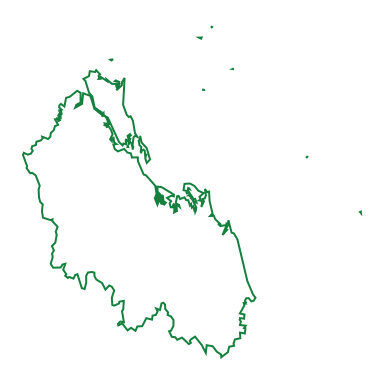 the district of Gladstone, Queensland, Australia
{"feature_id": "25037944B21166714819483", "entity_name": "Gladstone", "entity_type": "district", "adm_level": 2, "iso_a3": "AUS", "parent_name": "Australia", "parent_adm1": "Queensland", "projection": "equal_earth", "projection_center": [151.305, -24.018], "detail": "fine", "context": "isolated", "style": "outline", "palette": "green", "viewbox_px": 384, "rotation_deg": 0, "n_neighbors": 0, "source": "geoboundaries", "source_scale": "gbopen_adm2", "svg_char_len": 5958}
<svg xmlns="http://www.w3.org/2000/svg" viewBox="0 0 384 384"><path d="M84.6,289.0L86.2,282.8L86.2,275.7L88.0,272.5L92.0,272.0L94.4,272.6L94.5,276.4L96.4,279.6L102.1,283.0L105.4,289.6L109.2,285.5L111.7,286.6L114.2,290.5L111.8,297.7L112.3,305.0L114.2,305.6L119.0,303.5L119.4,301.6L123.8,300.9L123.2,309.6L122.0,311.1L123.9,322.2L120.3,321.5L118.0,323.8L118.3,325.4L122.3,323.5L127.6,330.4L131.0,327.8L135.4,330.8L137.4,326.4L142.2,326.2L146.3,318.2L152.0,319.6L152.6,315.6L155.8,314.9L157.6,311.6L156.2,308.5L160.0,310.0L161.5,303.4L163.2,302.7L165.0,304.5L165.3,309.0L168.1,312.4L167.6,314.9L170.9,316.4L173.5,320.0L173.4,326.0L171.0,330.7L169.1,331.2L171.8,336.8L175.2,337.2L177.2,339.8L182.0,337.6L188.9,344.1L190.9,342.8L189.8,340.9L190.8,339.5L195.0,336.6L201.8,345.1L205.8,352.9L206.7,345.2L212.7,346.3L216.8,351.7L221.1,354.5L221.3,357.2L227.9,352.2L229.2,346.7L234.1,345.8L233.5,343.6L234.9,339.5L240.3,338.2L240.0,332.6L244.8,333.5L245.4,328.3L244.1,328.1L245.7,325.7L239.9,325.0L240.9,321.6L239.7,319.8L240.0,318.1L244.1,318.7L244.5,314.5L239.9,313.5L244.3,305.5L244.0,303.9L245.3,303.7L244.2,302.8L245.8,302.4L244.9,300.8L246.2,298.3L248.6,298.1L251.4,301.4L253.7,300.7L255.5,297.7L253.1,294.7L247.3,280.9L237.5,239.6L233.8,233.3L231.6,232.7L228.4,220.2L227.8,225.8L225.6,228.8L227.2,229.7L222.5,235.0L226.7,224.9L220.4,226.1L218.0,223.6L221.1,224.8L215.4,219.4L213.6,215.3L212.2,214.4L212.7,215.1L212.3,215.9L210.1,216.0L212.5,213.4L209.6,201.2L209.1,191.6L207.3,192.2L204.9,189.0L205.9,195.2L204.9,198.3L202.8,199.0L203.9,201.5L201.3,207.0L202.1,203.0L201.3,200.7L199.2,200.4L200.6,199.5L199.5,196.8L203.6,193.1L198.4,190.8L194.5,186.0L189.9,183.5L184.5,183.9L183.5,190.2L187.6,191.1L188.2,188.1L189.1,188.6L188.9,187.7L189.5,188.9L188.5,188.3L188.1,190.7L190.3,194.2L188.8,195.3L191.1,195.2L193.8,199.4L195.2,198.9L196.5,202.7L193.1,201.2L196.2,207.3L195.9,210.5L195.3,211.9L194.8,207.2L194.1,209.4L193.2,206.4L191.9,207.6L191.1,204.0L190.0,205.5L188.3,200.2L186.2,200.1L184.5,197.4L180.1,199.0L178.6,195.9L177.2,196.2L175.7,203.3L179.0,204.9L179.6,206.9L176.5,204.0L177.0,212.1L176.4,209.6L175.7,211.6L175.3,205.8L175.2,211.9L174.1,212.5L174.5,207.4L170.8,207.3L169.6,203.3L171.1,201.2L167.0,197.9L171.2,195.8L173.9,196.3L173.9,194.6L161.7,187.2L157.4,186.6L157.6,191.7L162.1,196.5L162.1,196.0L162.7,195.6L162.8,195.7L163.6,201.3L165.9,202.6L164.4,204.3L163.8,202.1L162.4,202.0L162.4,203.9L161.4,203.7L161.6,201.0L160.8,200.1L161.1,201.9L160.6,202.2L159.8,200.5L160.1,196.3L157.9,193.9L158.6,198.4L157.7,200.8L158.6,201.6L157.4,204.8L154.8,198.1L156.6,194.0L155.2,185.7L145.9,175.2L143.7,174.6L138.0,161.4L137.7,157.7L138.7,157.3L131.9,157.5L130.9,153.4L127.3,152.5L124.3,148.9L117.9,151.4L114.7,149.0L113.4,144.6L116.5,144.1L114.2,142.5L113.5,137.8L112.0,138.8L111.8,141.1L110.1,139.2L112.6,134.4L111.2,130.3L108.3,125.8L107.3,126.9L106.9,127.0L106.9,125.1L105.4,125.6L104.6,125.1L105.9,124.3L105.3,124.2L104.8,123.4L108.6,123.9L106.6,118.1L104.6,115.9L101.3,115.7L102.6,115.4L94.4,108.8L90.4,95.9L83.2,93.3L82.0,103.9L75.2,107.7L76.3,104.9L80.6,102.5L80.6,92.9L77.2,90.8L69.6,96.9L66.1,97.8L64.4,106.5L60.9,103.9L59.3,105.5L59.2,107.5L61.6,109.7L58.4,110.6L61.1,111.2L61.6,114.0L60.5,114.6L60.0,112.5L58.2,115.6L59.4,117.4L60.6,115.4L60.7,118.3L57.9,118.3L59.8,120.3L58.4,121.0L57.7,119.0L55.0,119.3L58.1,124.9L55.0,126.1L53.8,130.2L50.8,133.0L50.3,136.7L48.1,139.0L42.2,136.7L42.6,138.4L40.9,140.4L36.4,141.7L35.9,145.0L32.2,146.2L31.4,148.8L32.8,150.8L30.7,153.8L27.6,154.6L23.8,152.8L23.0,155.0L27.1,166.2L26.6,168.1L30.1,173.2L32.1,172.8L35.7,175.4L39.7,185.7L38.6,189.6L39.0,197.4L40.2,201.9L42.7,204.4L42.0,211.3L43.0,217.7L50.6,220.1L52.5,219.3L52.3,221.2L57.6,226.7L55.8,231.8L56.7,234.9L55.3,242.7L51.9,246.0L53.9,250.4L52.1,253.6L52.7,257.2L50.7,263.8L53.2,267.7L60.6,267.5L62.5,264.5L65.3,263.8L63.2,269.7L66.3,274.2L65.2,275.8L67.9,278.0L69.1,276.9L73.5,278.6L75.2,275.0L77.4,274.2L81.8,288.1L84.6,289.0ZM130.7,137.8L129.4,140.9L132.6,145.0L133.5,137.4L135.1,135.8L137.4,136.9L135.0,133.2L132.9,120.8L130.6,116.3L128.8,117.0L126.8,115.0L123.1,104.9L124.6,77.9L122.0,82.2L121.8,85.4L116.4,90.3L117.9,88.1L116.4,88.1L118.0,87.3L116.5,86.9L116.3,85.9L118.3,86.4L117.7,85.4L118.9,85.7L119.4,84.0L111.9,83.8L106.7,79.4L107.2,81.2L100.9,77.1L100.7,78.8L98.7,78.9L99.5,77.7L98.6,75.8L100.0,74.3L96.2,70.2L95.3,72.0L89.8,71.2L89.0,76.1L83.5,78.9L85.4,80.9L89.1,92.9L92.3,96.5L94.7,107.7L101.8,112.4L102.6,115.1L103.6,113.4L103.8,115.3L107.8,117.6L119.0,142.0L122.6,145.5L123.4,143.5L126.2,144.4L125.7,140.3L126.2,138.8L126.3,141.3L128.8,139.8L127.6,135.9L129.2,134.7L128.9,136.5L130.5,134.8L130.9,135.4L129.0,136.8L129.3,140.6L130.7,137.8ZM145.2,158.1L146.8,162.9L150.0,159.5L146.8,148.3L141.5,142.4L140.2,135.8L140.2,138.8L138.7,140.7L139.5,145.2L141.3,146.9L140.8,150.9L143.6,149.6L144.7,150.7L145.2,155.7L146.0,154.5L146.3,154.7L145.2,158.1ZM156.4,199.4L157.3,198.5L156.5,196.0L155.2,197.7L156.4,199.4ZM199.0,37.6L201.1,38.7L201.6,37.5L199.0,37.6ZM172.8,206.1L174.0,206.3L174.5,205.1L173.5,204.3L172.8,206.1ZM191.1,198.3L192.5,199.6L193.0,198.6L192.5,197.5L191.1,198.3ZM111.3,60.5L113.1,59.3L110.3,59.7L111.3,60.5ZM360.0,212.0L361.0,213.2L360.8,211.6L360.0,212.0ZM191.1,197.4L191.2,196.1L189.9,196.2L191.1,197.4ZM161.2,196.3L162.5,199.2L162.9,199.8L163.0,198.7L161.2,196.3ZM128.4,141.4L128.8,144.1L129.0,143.9L128.4,141.4ZM160.3,198.0L160.6,200.4L160.5,196.7L160.3,198.0ZM132.1,145.9L132.4,147.0L132.8,149.6L133.2,146.5L132.1,145.9ZM120.1,82.4L115.7,80.4L114.9,81.1L120.1,82.4ZM203.8,89.7L202.1,89.7L203.9,89.9L203.8,89.7ZM141.2,151.3L141.0,153.3L141.7,151.1L141.2,151.3ZM226.5,223.4L226.8,224.2L227.4,223.1L226.5,223.4ZM233.9,69.2L232.9,68.8L232.5,69.0L233.9,69.2ZM127.5,146.9L128.2,147.0L127.9,146.2L127.5,146.9ZM306.1,157.8L307.1,157.2L307.3,156.8L307.1,156.7L306.1,157.8ZM210.9,27.7L211.9,27.2L212.1,27.0L211.8,26.8L210.9,27.7ZM186.8,193.4L188.4,193.2L186.7,193.0L186.8,193.4Z" fill="none" stroke="#15803d" stroke-width="2"/></svg>